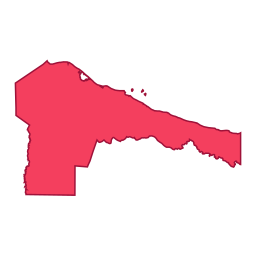 Aitape/Lumi District, Sandaun, Papua New Guinea
{"feature_id": "67681753B88844434535712", "entity_name": "Aitape/Lumi District", "entity_type": "district", "adm_level": 2, "iso_a3": "PNG", "parent_name": "Papua New Guinea", "parent_adm1": "Sandaun", "projection": "robinson", "projection_center": [142.359, -3.333], "detail": "fine", "context": "isolated", "style": "filled", "palette": "rose", "viewbox_px": 256, "rotation_deg": 0, "n_neighbors": 0, "source": "geoboundaries", "source_scale": "gbopen_adm2", "svg_char_len": 5715}
<svg xmlns="http://www.w3.org/2000/svg" viewBox="0 0 256 256"><path d="M240.6,132.8L239.5,133.4L237.4,133.9L236.8,133.5L233.3,133.3L232.1,133.0L229.4,131.9L229.0,130.8L227.8,130.5L226.1,130.4L221.6,130.8L220.3,130.7L219.6,130.5L218.8,129.9L218.4,130.0L218.1,129.6L216.3,129.5L214.9,128.3L208.7,127.7L203.8,126.7L200.1,125.1L197.0,123.0L196.4,123.1L196.2,122.8L191.8,121.8L189.4,121.5L186.4,120.8L183.6,119.8L180.1,118.2L178.6,117.7L177.9,117.7L177.5,117.3L175.4,116.4L173.3,115.9L171.2,115.1L169.6,114.1L168.5,113.0L167.7,112.9L167.3,112.5L166.4,112.3L163.6,112.2L159.4,111.0L157.4,111.0L154.2,110.7L153.8,110.3L151.9,109.6L150.9,109.0L147.8,106.6L146.9,106.5L147.0,106.2L146.0,105.5L143.8,104.1L143.4,104.2L143.5,103.7L142.7,103.1L138.5,101.2L136.9,100.3L133.4,98.6L130.1,95.7L129.1,96.1L129.1,95.9L129.4,95.7L128.4,95.5L125.6,94.8L124.9,93.9L125.0,92.8L124.9,92.5L125.3,92.6L125.4,92.4L124.3,91.4L124.1,90.7L119.8,90.7L116.9,90.4L115.1,90.1L111.1,88.5L107.2,86.0L106.6,86.1L106.2,85.8L103.2,86.2L102.9,86.4L103.1,87.1L102.9,87.4L103.0,87.7L102.6,87.9L101.0,86.7L100.9,86.4L100.2,86.3L99.6,85.8L101.6,86.2L102.6,86.2L97.3,84.7L95.8,83.7L94.0,82.3L92.8,81.0L87.9,76.5L84.6,73.9L83.4,72.7L83.3,72.9L83.6,73.3L83.6,73.7L84.0,73.7L83.8,74.1L83.9,74.3L84.2,74.1L85.3,74.9L88.0,76.9L90.2,79.1L90.3,79.3L89.5,79.3L88.9,79.0L88.3,79.5L88.1,79.4L88.1,78.9L87.8,79.2L87.8,79.8L87.1,80.3L86.3,79.7L86.5,79.2L86.4,79.1L85.5,79.5L85.4,80.0L85.7,80.5L84.5,80.5L84.1,81.1L83.8,81.1L83.6,80.7L83.0,80.8L82.7,80.6L81.7,80.4L81.6,80.0L81.4,80.0L80.9,79.4L80.6,79.4L80.4,78.9L80.4,77.7L79.9,77.2L80.1,76.4L79.8,75.7L79.7,74.9L79.9,74.5L80.7,73.8L81.1,72.8L80.6,73.1L80.1,73.0L80.0,72.6L79.8,72.5L79.6,72.8L79.0,72.9L78.5,72.2L78.8,71.9L79.2,71.7L80.4,70.8L80.8,70.8L82.6,72.3L82.4,71.7L79.1,69.2L77.1,68.2L74.7,66.6L72.5,64.6L69.2,62.5L68.0,62.3L68.2,63.4L68.1,63.7L67.8,62.5L67.4,62.0L63.6,61.9L61.4,62.2L60.8,62.5L60.4,62.3L59.3,62.4L56.8,62.9L52.6,64.1L50.5,64.1L49.3,63.6L49.1,63.1L47.5,61.8L47.1,60.8L43.1,64.4L15.4,83.1L16.0,107.7L16.0,115.4L29.6,125.1L28.9,126.1L28.8,126.8L27.9,128.2L27.4,129.7L27.8,129.8L28.4,131.4L29.9,133.8L29.9,135.0L29.3,135.6L29.2,136.3L29.4,136.6L29.1,137.4L29.5,138.0L29.9,138.2L29.6,138.7L29.7,139.0L30.3,139.3L30.5,140.3L30.2,140.4L30.3,140.7L30.2,141.2L29.7,141.4L29.9,142.1L29.6,143.0L28.8,143.2L28.6,143.5L28.6,144.4L28.4,144.8L28.5,145.0L28.4,145.4L28.8,145.5L28.5,145.8L28.5,146.6L28.2,147.0L28.8,147.4L28.8,148.1L28.3,149.4L27.9,149.8L27.6,151.8L27.9,152.7L28.0,153.7L28.2,153.9L27.6,155.1L27.5,155.9L28.2,158.5L27.7,159.1L28.2,159.6L28.2,160.5L28.6,160.4L29.1,160.7L29.5,161.9L29.3,162.6L28.9,163.1L28.8,164.4L29.0,165.3L28.7,166.1L27.9,166.3L27.6,166.0L27.0,166.2L26.5,167.0L26.5,167.4L26.0,167.4L26.0,167.9L26.4,169.0L26.3,169.7L26.1,169.7L25.8,169.3L25.4,169.6L25.0,170.8L25.2,171.3L25.9,171.7L25.7,172.1L25.7,173.1L25.3,173.2L25.6,173.6L25.3,174.7L25.0,175.0L24.2,174.8L24.5,175.9L24.1,176.2L24.2,176.6L24.6,177.0L24.3,178.0L24.8,178.2L24.6,178.6L24.8,178.9L24.5,179.3L24.5,179.9L24.9,179.9L24.8,181.0L24.3,182.3L25.7,181.9L25.8,182.6L25.4,183.9L26.2,185.2L26.1,185.5L24.9,186.3L24.8,186.7L25.6,186.2L25.9,186.5L26.1,188.0L25.8,188.9L26.5,189.5L25.7,189.4L25.9,189.9L25.5,191.3L25.7,192.1L25.4,192.7L26.0,193.6L26.0,194.5L74.9,195.2L75.0,165.9L87.4,166.9L88.0,165.3L90.0,160.9L92.9,151.8L97.0,140.0L98.6,141.9L99.3,142.3L100.2,142.2L102.0,141.5L104.0,140.0L105.8,141.9L106.7,142.5L107.3,142.5L109.3,143.5L110.1,143.5L110.7,143.3L111.0,142.8L111.3,140.3L111.8,139.0L112.9,137.6L113.8,137.5L116.4,139.6L117.8,140.4L120.4,141.4L121.0,140.6L121.6,140.3L123.1,140.1L124.8,139.1L125.8,138.1L126.7,136.7L127.6,137.2L128.4,137.2L129.2,136.8L129.9,136.7L132.7,137.9L133.6,137.9L134.3,137.5L134.6,137.9L134.7,138.5L135.3,138.8L136.1,140.0L137.5,140.0L139.5,139.1L140.5,138.8L141.3,138.0L141.9,137.8L143.5,137.9L144.1,137.7L145.9,138.0L147.0,137.8L148.2,137.5L149.4,136.1L151.9,135.9L154.5,136.8L156.2,138.4L157.5,140.4L159.8,142.1L161.8,143.3L163.8,145.4L165.4,146.6L166.6,147.2L169.5,147.2L171.2,147.9L172.5,149.1L174.1,149.7L174.7,149.5L175.0,148.9L175.8,148.5L176.2,148.6L177.3,149.2L178.3,148.4L178.9,148.6L179.4,148.5L179.8,149.1L180.4,149.2L183.0,147.9L182.8,147.2L182.2,146.8L181.9,145.8L181.9,145.4L182.5,144.6L183.0,144.8L184.2,144.6L184.7,143.8L185.3,143.4L185.9,143.7L186.4,143.4L186.7,143.7L187.0,143.1L186.8,142.2L186.9,141.6L187.7,141.4L188.0,141.6L189.2,141.2L189.4,140.8L189.5,139.4L190.6,140.2L191.0,140.1L191.5,140.7L192.4,140.9L193.3,141.7L193.8,142.6L193.8,143.5L194.2,145.0L194.5,145.3L195.7,145.4L196.2,146.4L197.0,147.1L196.8,147.6L197.5,149.1L198.9,149.7L199.1,150.2L199.1,151.0L200.0,152.1L200.4,152.1L201.0,151.5L201.4,151.5L201.9,151.9L202.5,152.1L202.6,152.7L202.3,153.3L202.5,153.7L203.2,153.4L203.4,153.9L204.5,153.8L205.5,153.2L208.6,153.3L209.8,153.7L210.1,154.2L209.3,155.4L209.4,156.1L209.6,156.2L210.6,154.8L211.8,155.4L213.0,154.6L214.2,154.6L214.6,155.0L214.4,155.6L214.5,157.1L215.5,157.0L215.7,158.4L216.3,158.8L217.1,158.9L218.1,158.4L218.4,157.9L218.4,157.3L218.9,156.8L220.5,157.7L221.3,158.1L222.0,158.0L222.7,158.4L223.1,160.4L225.4,160.9L227.5,162.6L228.4,162.6L228.9,163.8L230.8,166.0L231.9,166.6L232.6,166.7L233.3,167.1L233.8,166.9L234.2,166.4L234.6,164.7L235.3,164.6L235.2,163.8L234.3,162.7L234.6,162.0L235.7,161.2L236.4,161.2L236.7,161.6L236.8,162.5L238.8,163.2L240.0,164.4L240.6,164.5L240.6,132.8ZM132.2,91.2L132.9,90.2L132.9,89.4L132.6,89.0L131.8,89.2L131.6,89.6L131.7,91.0L132.2,91.2ZM143.4,90.9L143.3,90.3L142.7,89.8L142.2,90.8L141.8,91.1L141.6,91.9L141.8,92.1L142.0,92.0L142.8,91.1L143.3,91.1L143.4,90.9ZM145.4,95.4L145.7,94.7L145.8,93.6L145.6,93.4L144.4,94.1L145.0,95.1L145.4,95.4Z" fill="#f43f5e" stroke="#9f1239" stroke-width="1.5"/></svg>